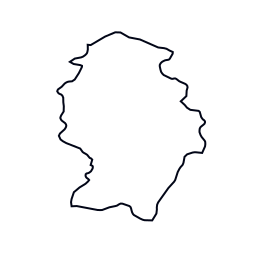 outline of Rapti, rotated 164°
{"feature_id": "NPL-373", "entity_name": "Rapti", "entity_type": "Administrative Zone", "adm_level": 1, "iso_a3": "NPL", "parent_name": "Nepal", "parent_adm1": "", "projection": "albers", "projection_center": [82.542, 28.326], "detail": "fine", "context": "isolated", "style": "outline", "palette": "ink", "viewbox_px": 256, "rotation_deg": 164, "n_neighbors": 0, "source": "natural_earth", "source_scale": "10m", "svg_char_len": 2340}
<svg xmlns="http://www.w3.org/2000/svg" viewBox="0 0 256 256"><g transform="rotate(164 128 128)"><path d="M143.8,219.1L141.0,218.0L124.8,222.2L113.9,223.5L108.9,221.9L102.0,214.8L92.1,209.8L76.8,197.1L71.3,194.8L69.1,193.5L66.7,191.0L64.1,188.8L64.0,188.7L64.6,187.1L68.6,183.2L69.2,182.8L69.9,182.5L70.6,182.5L73.0,182.8L74.1,182.8L76.7,182.3L78.0,181.7L78.8,181.2L79.6,180.4L80.1,179.8L80.3,179.1L80.5,178.3L80.7,175.2L80.7,172.9L80.1,171.0L79.1,169.1L73.2,163.8L72.2,163.1L71.1,162.9L70.0,162.9L68.9,162.6L68.0,161.8L65.9,158.9L64.8,157.9L60.9,154.7L59.9,153.5L59.4,151.9L59.6,150.5L61.3,147.8L63.1,142.6L69.9,139.1L67.1,134.5L65.7,131.3L63.1,128.3L55.4,125.0L54.6,123.7L54.6,118.3L54.1,116.7L53.5,115.4L52.7,114.5L52.2,113.2L52.4,112.2L53.3,111.0L54.5,110.4L57.6,109.1L58.2,108.7L59.1,107.8L59.8,106.3L60.4,104.4L60.2,101.3L59.7,99.1L57.8,94.7L57.6,93.4L58.1,91.2L59.0,89.1L63.6,83.6L69.3,85.9L71.0,86.4L72.8,86.6L78.4,86.4L81.6,84.7L84.2,79.4L85.0,78.3L85.8,77.4L88.1,76.0L89.7,74.7L92.3,72.0L96.9,65.1L98.4,63.7L105.7,59.2L119.5,48.2L121.1,46.3L122.2,43.7L122.7,41.7L124.3,37.9L130.2,32.5L137.5,34.8L139.2,35.8L141.3,37.6L146.3,42.7L146.9,43.9L147.3,45.8L147.3,48.0L147.2,49.9L147.4,51.4L148.2,52.6L154.2,56.8L156.0,57.4L158.2,57.0L159.5,56.5L161.2,56.4L167.7,56.9L175.4,56.3L177.2,56.7L179.9,57.6L198.8,67.1L203.8,68.3L203.2,72.4L201.8,75.3L197.7,81.2L191.0,84.2L184.2,86.1L181.2,87.6L179.7,88.7L180.2,89.8L181.5,91.5L181.9,92.5L182.0,93.7L181.4,95.2L180.4,95.7L179.0,95.6L177.5,95.8L175.5,96.6L173.2,98.8L172.5,100.3L172.6,101.4L174.1,102.7L171.1,107.4L171.8,108.8L173.1,109.9L174.6,113.4L175.7,114.7L177.3,116.3L178.2,117.4L179.6,121.4L191.5,130.5L194.3,133.3L196.0,135.6L196.6,139.5L195.0,141.4L189.3,144.2L187.6,145.7L186.7,147.1L186.6,148.5L187.1,150.0L189.5,153.2L190.1,154.5L190.3,156.3L189.6,157.5L188.7,158.6L185.3,161.6L183.7,166.6L183.1,170.5L181.9,175.0L182.2,177.3L183.1,178.7L184.2,179.5L185.1,180.4L185.5,181.3L185.9,182.8L185.3,183.7L184.6,184.4L180.4,185.9L176.6,188.2L175.1,188.7L173.5,189.0L171.9,188.9L168.9,188.3L165.8,189.3L160.1,194.3L155.7,199.1L155.3,199.7L155.1,200.5L156.7,201.7L162.6,204.5L165.6,207.6L160.0,209.4L153.6,208.8L151.6,209.0L149.2,209.8L147.9,210.5L146.9,211.2L146.3,212.0L145.8,212.9L145.0,214.5L144.1,217.8L143.8,219.1L143.8,219.1Z" fill="none" stroke="#020617" stroke-width="2"/></g></svg>